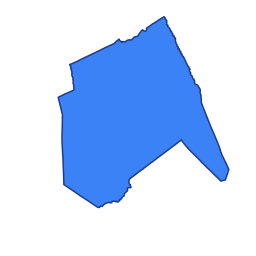 the district of Nkayi, Matabeleland North, Zimbabwe, rotated 66°
{"feature_id": "62879985B68584159333685", "entity_name": "Nkayi", "entity_type": "district", "adm_level": 2, "iso_a3": "ZWE", "parent_name": "Zimbabwe", "parent_adm1": "Matabeleland North", "projection": "orthographic", "projection_center": [28.451, -18.923], "detail": "fine", "context": "isolated", "style": "filled", "palette": "blue", "viewbox_px": 256, "rotation_deg": 66, "n_neighbors": 0, "source": "geoboundaries", "source_scale": "gbopen_adm2", "svg_char_len": 5047}
<svg xmlns="http://www.w3.org/2000/svg" viewBox="0 0 256 256"><g transform="rotate(66 128 128)"><path d="M188.4,187.6L188.8,186.9L188.7,185.5L188.1,184.7L189.1,183.4L188.0,181.0L188.1,180.2L187.8,179.5L188.1,175.8L189.1,174.6L189.6,173.2L188.8,172.7L188.6,172.4L189.1,170.6L190.2,169.4L190.2,168.4L191.3,167.8L191.5,167.3L191.2,166.7L191.0,165.0L190.2,164.9L189.9,164.5L190.2,163.5L189.5,162.1L188.8,161.1L188.3,159.4L188.3,159.0L188.0,158.8L186.8,158.0L186.4,157.6L186.1,157.1L185.5,155.3L185.3,154.5L185.2,154.3L184.6,153.7L184.4,153.5L183.9,153.4L183.1,153.2L182.8,153.0L182.7,152.9L182.7,152.3L182.8,151.7L183.0,151.1L183.2,150.9L183.4,150.4L183.5,150.1L183.4,149.6L183.4,149.4L183.0,149.3L182.3,149.4L182.1,149.4L181.5,149.3L180.8,148.9L180.6,149.0L179.8,149.5L178.9,149.5L177.9,149.2L177.6,149.1L176.6,148.5L175.5,147.7L175.4,147.6L175.2,147.1L174.7,145.3L173.2,138.7L172.5,135.8L171.8,132.6L171.7,131.6L171.4,130.3L171.1,129.6L170.9,128.4L170.6,127.5L170.0,124.6L169.0,120.7L168.9,119.3L168.6,118.5L166.9,111.4L165.2,103.9L163.5,96.5L162.0,89.8L160.6,84.3L168.6,82.2L172.2,81.1L188.0,75.0L188.4,74.9L188.6,75.0L193.4,73.0L196.1,72.0L202.0,69.5L204.4,68.7L210.6,66.1L214.2,64.8L215.0,60.3L215.0,60.2L210.2,55.6L208.4,54.2L207.0,52.8L204.3,52.7L190.1,53.1L188.1,52.9L188.0,53.0L183.6,52.4L176.1,52.0L168.4,51.9L160.4,51.8L152.6,51.5L136.6,50.8L136.4,50.7L135.3,50.7L134.9,50.7L134.0,50.4L132.1,49.5L130.3,49.0L129.7,48.9L128.5,48.2L127.5,48.0L125.7,47.9L124.6,47.6L123.6,47.0L123.1,46.7L122.7,46.6L122.1,46.4L120.8,46.5L120.3,46.6L119.5,46.7L118.4,46.7L117.5,47.0L117.1,47.1L116.8,47.2L116.1,47.8L116.0,48.0L115.8,48.5L115.6,48.6L115.0,48.8L114.6,48.9L114.0,48.7L113.8,48.7L113.3,48.6L113.1,48.5L112.6,48.3L112.5,48.1L112.1,48.0L111.9,48.0L111.1,48.1L110.3,47.9L109.3,48.6L108.2,48.7L107.2,48.2L106.7,48.3L105.9,48.7L105.3,49.1L104.3,49.1L103.3,48.3L103.2,48.3L102.2,48.4L101.6,48.8L100.1,48.4L99.5,47.4L98.6,48.0L97.5,47.7L97.5,47.8L96.9,47.9L96.1,47.8L95.3,48.4L93.3,48.2L93.2,48.1L92.8,48.2L92.4,48.4L91.8,48.3L91.2,48.2L90.5,48.3L89.8,48.2L89.4,48.2L88.9,48.3L88.2,48.2L87.6,48.3L87.3,48.5L87.1,48.5L86.7,48.2L86.4,48.3L86.1,48.3L85.8,48.4L85.2,48.4L84.8,48.6L84.7,48.7L84.5,48.9L84.3,48.9L84.0,48.9L83.7,49.0L83.3,48.8L83.2,48.8L82.9,49.0L82.7,49.0L82.3,48.7L82.1,48.7L81.6,49.4L81.4,49.5L80.8,49.4L80.4,49.2L80.3,48.9L80.2,48.8L80.0,48.7L79.7,48.7L79.4,48.8L79.3,49.2L79.2,49.5L78.8,49.6L78.7,49.4L77.8,49.2L77.4,49.1L77.1,49.4L76.9,49.3L76.5,49.1L76.4,49.2L76.3,49.5L76.0,50.1L75.9,50.2L75.6,50.1L74.8,49.3L74.5,49.1L74.4,49.1L74.2,49.3L73.2,49.8L72.7,49.9L72.3,49.7L71.9,49.3L70.5,49.7L70.0,49.7L69.5,49.4L68.4,49.3L67.8,49.2L66.3,48.8L66.1,48.6L66.1,48.4L65.6,48.2L65.3,48.2L65.3,48.6L65.2,48.6L64.6,48.6L63.4,48.6L63.1,48.7L62.9,48.4L62.5,48.6L61.7,49.4L61.4,49.4L61.2,49.3L60.7,48.8L60.1,48.9L59.3,49.2L58.7,49.2L58.3,49.0L58.0,49.0L57.3,49.6L57.1,49.4L57.2,49.2L56.6,49.3L56.3,49.5L56.1,49.5L54.4,49.5L53.8,49.4L52.0,50.2L51.2,50.2L51.1,50.3L50.9,50.3L50.8,49.9L50.6,49.8L50.3,49.8L50.1,49.8L49.9,50.0L49.3,50.6L48.9,50.6L48.4,50.2L48.2,50.1L47.6,49.7L46.7,49.4L46.3,49.4L46.2,49.3L46.1,49.1L45.8,49.2L45.7,49.2L45.2,49.1L44.6,49.2L44.2,49.2L43.8,49.3L43.3,49.7L43.2,49.7L42.8,49.6L42.2,49.4L41.9,49.4L41.6,49.5L41.2,49.8L41.0,50.2L41.1,50.5L41.3,51.2L41.3,52.7L41.4,53.2L41.5,53.4L41.7,55.8L41.9,56.3L42.0,56.6L42.4,59.3L42.5,59.6L42.9,63.1L42.9,63.3L43.0,63.7L43.2,64.5L43.8,67.4L43.9,68.2L44.1,68.9L44.2,69.2L44.3,70.1L44.4,70.4L44.6,70.6L44.8,70.7L45.3,70.9L45.6,71.0L46.0,71.4L46.3,71.7L46.5,71.8L46.6,72.0L46.6,72.5L46.1,73.6L45.7,73.9L45.5,74.1L45.2,74.3L44.3,74.7L44.5,75.8L44.6,76.0L45.1,77.1L45.3,77.3L45.8,78.2L45.9,78.4L48.2,82.2L47.9,83.0L47.5,84.7L47.5,85.5L47.6,85.8L48.1,86.4L48.3,87.5L48.7,88.3L48.9,88.7L48.8,89.1L48.7,89.7L48.7,90.1L48.4,90.4L48.2,90.4L48.1,90.6L47.9,90.7L47.9,90.9L47.8,91.7L47.9,92.0L47.6,92.5L47.6,92.8L47.7,93.2L47.7,93.6L47.8,93.9L47.8,94.2L47.9,94.5L47.9,94.8L48.0,95.2L48.0,95.4L47.9,95.7L47.3,97.1L47.2,97.3L47.1,97.6L47.0,97.8L46.8,98.1L46.8,98.3L47.0,98.6L46.8,98.6L46.7,98.6L46.4,98.6L46.2,98.9L46.1,99.2L46.0,99.3L45.4,99.7L44.7,100.0L44.2,100.0L43.3,100.0L43.2,100.1L43.2,100.3L43.4,100.6L43.8,102.1L44.0,103.6L45.2,105.9L45.3,115.7L45.6,122.3L46.2,144.1L46.3,144.3L46.4,146.8L46.5,146.9L46.4,151.7L46.5,152.2L46.5,152.9L46.3,154.8L46.3,155.1L46.5,155.5L46.9,155.6L47.2,155.6L47.7,155.4L48.1,155.3L48.4,155.2L48.6,155.3L48.9,155.4L49.6,155.8L50.2,155.9L51.1,156.1L51.7,156.2L52.7,156.2L54.3,156.6L55.2,157.0L55.5,157.1L56.6,157.7L57.0,157.9L57.6,157.9L57.9,157.9L59.1,158.0L59.5,157.9L59.8,157.8L60.2,157.8L60.3,157.9L60.5,158.0L60.9,158.4L61.1,158.6L61.7,158.8L62.4,158.8L62.9,158.9L63.6,159.3L64.1,159.7L64.5,159.9L64.9,160.0L65.4,160.0L65.6,160.0L66.0,160.0L67.3,160.5L68.3,160.6L71.3,162.0L71.3,173.0L71.6,179.3L84.4,181.6L89.0,182.4L99.6,187.3L108.8,191.7L115.3,194.5L126.8,198.9L127.1,198.9L136.8,202.8L146.9,206.8L153.6,209.6L168.0,200.6L170.1,199.5L170.2,199.4L174.1,196.8L179.4,193.4L188.0,188.0L188.4,187.6Z" fill="#3b82f6" stroke="#1e3a8a" stroke-width="1.5"/></g></svg>